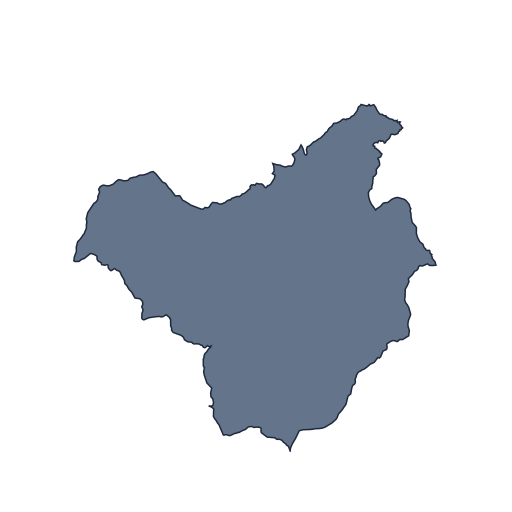 outline of Vergara, Cundinamarca, Colombia, rotated 198°
{"feature_id": "7082276B80485055582459", "entity_name": "Vergara", "entity_type": "district", "adm_level": 2, "iso_a3": "COL", "parent_name": "Colombia", "parent_adm1": "Cundinamarca", "projection": "albers", "projection_center": [-74.318, 5.125], "detail": "fine", "context": "isolated", "style": "filled", "palette": "slate", "viewbox_px": 512, "rotation_deg": 198, "n_neighbors": 0, "source": "geoboundaries", "source_scale": "gbopen_adm2", "svg_char_len": 6087}
<svg xmlns="http://www.w3.org/2000/svg" viewBox="0 0 512 512"><g transform="rotate(198 256 256)"><path d="M247.5,375.5L248.1,371.2L248.5,370.0L251.1,365.7L252.9,364.1L252.8,363.6L250.0,361.6L248.8,359.7L248.7,356.0L249.5,353.0L250.3,352.4L252.7,351.7L255.8,349.6L259.9,349.6L260.9,349.9L264.7,349.2L268.7,349.2L266.8,346.8L265.1,342.8L265.1,341.7L265.9,339.4L263.0,338.8L262.5,335.7L264.1,329.2L265.2,327.3L266.7,326.5L267.3,324.4L267.8,324.0L268.6,324.1L271.3,325.8L273.0,326.3L275.1,325.5L277.8,325.3L278.3,324.6L278.8,322.9L280.4,323.1L281.6,322.2L282.3,322.3L283.2,320.4L282.5,318.9L282.6,317.8L283.5,316.8L285.5,313.1L286.9,311.5L288.4,310.6L288.9,309.1L290.2,307.4L292.4,306.8L297.0,303.2L297.7,301.3L298.5,301.3L300.3,299.9L302.3,296.8L303.4,296.3L303.6,295.6L306.5,294.1L309.4,294.5L313.7,293.6L314.5,292.3L315.8,287.9L316.9,286.9L319.5,286.4L320.8,284.1L323.1,283.7L334.3,284.3L335.4,284.8L340.8,286.1L342.9,286.3L346.9,289.6L347.5,289.7L351.3,288.2L357.8,292.8L360.2,293.8L364.4,297.1L367.8,297.5L376.8,303.3L380.0,304.5L382.3,303.1L384.6,300.8L388.0,298.3L391.9,296.8L394.6,294.0L396.7,293.1L399.8,291.1L401.2,288.3L405.1,286.5L407.2,286.7L410.4,286.1L412.3,283.4L413.9,280.3L417.2,277.5L419.3,276.7L422.9,276.3L424.0,275.6L425.5,273.9L426.2,271.2L426.0,270.2L425.2,269.6L424.5,268.3L424.8,263.6L424.3,262.5L424.1,260.0L425.3,257.1L426.1,256.5L426.7,255.1L429.4,245.2L428.9,238.8L427.4,236.1L427.0,233.4L425.9,230.2L426.4,223.6L427.2,222.2L427.4,220.8L428.6,217.3L430.0,214.5L429.7,209.0L428.2,204.6L428.5,199.2L427.8,195.3L427.3,194.9L426.1,194.9L422.6,196.2L420.8,198.9L418.6,200.5L414.2,207.3L410.8,207.5L407.5,206.8L407.1,206.5L406.2,203.9L404.6,202.4L401.4,201.8L400.1,200.1L397.0,200.5L394.9,201.8L393.9,201.6L392.8,199.0L390.0,197.2L388.9,197.5L387.1,199.9L386.4,200.4L384.5,199.5L381.0,199.2L379.0,197.4L378.3,196.3L373.9,192.5L372.1,189.1L369.8,188.1L366.7,185.2L363.0,183.2L358.6,179.0L357.9,178.6L353.5,179.5L350.8,178.3L349.6,177.2L348.7,174.9L349.0,172.5L346.9,170.0L346.6,168.6L346.8,166.4L345.4,161.6L344.5,160.8L342.9,160.6L338.9,164.1L334.7,166.3L329.2,168.7L327.7,168.7L325.9,169.4L323.2,172.4L319.1,170.7L318.8,169.9L317.6,169.3L315.6,163.2L314.0,161.4L313.3,159.2L311.1,157.7L303.1,157.4L301.6,157.0L299.9,156.3L298.1,154.2L294.3,153.3L290.4,154.2L289.4,153.4L287.9,153.2L284.8,154.3L282.7,154.7L281.1,154.2L279.8,154.4L277.7,152.9L276.6,153.0L275.9,153.2L274.5,155.8L272.4,155.2L270.9,156.5L271.1,155.0L272.5,152.6L273.3,149.5L274.4,147.4L274.6,145.7L274.1,142.8L274.3,141.7L272.2,135.4L271.5,134.4L270.6,134.1L270.0,129.6L268.5,126.9L263.5,120.1L257.3,116.7L256.8,111.7L255.2,108.0L253.2,107.0L251.3,104.0L250.8,101.1L250.9,100.4L252.2,99.4L254.7,98.8L251.2,98.5L249.0,97.5L246.9,90.2L244.1,87.8L242.7,87.0L241.3,85.5L239.0,84.0L231.8,75.7L231.1,75.7L230.2,76.5L228.8,76.9L226.0,76.9L224.8,77.5L221.3,80.8L219.9,81.3L218.8,82.6L217.7,82.8L215.0,85.7L212.4,87.8L210.9,90.5L210.0,91.4L207.1,92.6L204.8,92.3L203.1,93.3L199.6,94.2L198.5,94.0L197.7,93.1L197.0,90.7L196.3,89.6L189.4,87.2L182.1,88.9L179.6,88.1L177.2,88.9L174.6,88.8L172.1,87.3L169.5,86.5L168.6,85.6L166.3,85.0L162.8,80.5L163.4,81.6L163.8,84.3L163.5,88.1L162.0,94.9L160.9,102.9L160.1,103.8L157.3,105.4L150.7,107.8L145.2,110.5L143.2,111.1L140.1,112.6L137.6,114.4L131.9,121.0L129.3,125.7L128.9,127.5L128.8,131.1L126.7,135.8L124.6,142.9L125.2,151.1L123.3,154.1L124.2,160.8L124.0,162.6L123.5,163.8L122.7,164.5L122.4,166.3L123.6,169.6L123.4,172.8L123.7,173.1L123.1,176.2L122.7,177.4L120.8,179.1L120.0,180.4L118.3,181.7L116.0,184.9L114.0,188.3L110.7,191.4L108.7,197.1L107.3,197.0L106.3,198.6L105.9,204.5L105.7,205.0L103.1,207.3L102.9,208.0L103.2,210.0L104.3,212.3L104.1,213.6L102.8,214.6L102.0,216.0L99.8,217.8L98.1,218.3L95.5,218.2L94.8,218.6L93.6,220.9L90.8,221.8L86.1,227.3L87.1,232.4L89.9,236.5L90.6,238.6L91.1,241.8L90.8,247.1L91.0,248.6L94.8,254.2L97.0,256.3L99.3,257.8L101.3,260.7L101.6,263.2L103.8,270.5L103.0,274.5L102.6,278.9L104.1,281.5L101.5,286.6L100.4,290.6L99.2,291.5L98.3,292.8L98.0,293.9L98.1,295.6L97.2,297.6L95.8,297.6L94.4,298.1L90.5,301.5L87.9,300.7L84.8,301.6L82.0,302.9L84.1,306.0L87.5,308.0L88.2,309.5L89.3,310.7L89.2,311.8L91.2,312.4L92.5,314.8L93.3,314.9L95.0,314.1L96.2,314.2L96.9,315.2L98.7,315.9L100.9,318.8L104.5,320.1L107.8,323.2L110.5,327.1L112.1,332.4L113.4,333.7L117.3,335.9L118.0,336.5L120.5,340.9L122.0,344.8L123.4,346.4L123.4,349.0L124.3,349.5L126.4,352.5L130.0,354.8L132.2,355.7L137.1,355.6L139.6,355.4L141.6,354.3L144.3,352.0L147.1,347.7L150.2,346.3L151.4,345.5L153.1,341.4L155.7,338.3L156.4,336.7L162.4,341.1L164.8,343.6L167.1,347.0L168.7,350.9L168.3,353.8L166.7,355.9L167.3,357.9L167.5,361.6L168.3,363.8L168.3,364.8L169.0,367.5L167.9,368.8L166.9,371.6L168.4,375.5L166.5,380.5L167.2,382.6L168.9,385.4L170.1,385.9L170.3,386.3L170.1,387.0L168.9,387.9L168.1,388.9L167.8,391.8L168.1,392.3L169.4,392.4L170.1,393.3L171.0,393.3L171.6,394.2L173.6,394.7L174.8,395.4L176.4,395.3L177.0,397.1L178.3,396.8L179.1,398.2L178.1,400.4L176.3,401.3L175.2,401.3L175.0,403.1L174.0,404.1L173.5,404.1L172.8,403.6L171.3,404.6L169.8,404.1L168.9,403.1L168.4,403.3L167.9,403.9L167.7,405.6L165.6,409.0L165.1,413.5L164.4,413.9L161.6,414.2L158.9,416.3L158.8,418.3L157.9,419.4L158.1,420.6L157.0,421.0L156.9,422.2L156.1,423.1L156.3,423.5L157.4,423.6L158.4,425.0L160.1,425.6L160.5,427.1L160.2,428.0L161.3,427.9L162.3,426.7L163.1,427.0L163.7,428.6L164.5,427.8L165.7,427.9L166.6,427.2L168.0,428.1L172.1,427.8L173.8,428.6L174.8,428.3L175.8,429.6L176.8,429.1L178.5,429.1L179.5,429.8L180.3,429.4L182.3,429.3L186.1,432.1L188.1,434.4L190.7,436.3L193.9,434.0L194.4,434.2L194.8,435.0L195.3,435.1L196.2,433.5L197.0,432.9L202.9,432.6L203.4,431.0L204.6,429.5L204.7,425.2L206.6,419.8L208.5,418.1L209.0,416.4L210.9,414.8L212.0,414.5L212.6,413.4L214.4,413.5L215.4,413.1L216.3,412.2L217.5,410.1L220.2,407.5L223.2,406.1L223.8,403.3L226.1,399.7L226.8,396.2L228.1,394.8L228.7,392.7L231.1,388.1L232.6,386.7L235.1,383.2L236.3,382.5L238.8,377.8L241.0,375.6L240.9,372.6L239.0,369.2L239.6,367.4L240.9,367.7L241.7,368.4L244.2,372.3L246.1,374.4L247.5,375.5Z" fill="#64748b" stroke="#1e293b" stroke-width="1.5"/></g></svg>